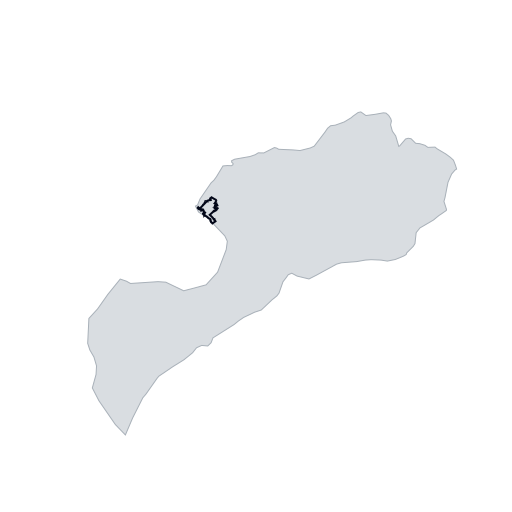 Salacgrīvas pag., Salacgrivas, Latvia (highlighted), rotated 322°
{"feature_id": "27541924B75150818202783", "entity_name": "Salacgrīvas pag.", "entity_type": "district", "adm_level": 2, "iso_a3": "LVA", "parent_name": "Latvia", "parent_adm1": "Salacgrivas", "projection": "robinson", "projection_center": [24.43, 57.695], "detail": "fine", "context": "in_parent", "style": "outline", "palette": "ink", "viewbox_px": 512, "rotation_deg": 322, "n_neighbors": 0, "source": "geoboundaries", "source_scale": "gbopen_adm2", "svg_char_len": 5002}
<svg xmlns="http://www.w3.org/2000/svg" viewBox="0 0 512 512"><g transform="rotate(322 256 256)"><path d="M375.2,347.3L372.2,346.9L363.6,344.5L356.4,340.9L352.0,336.2L344.5,329.8L339.6,326.5L331.9,322.4L319.1,313.9L314.4,312.0L291.8,308.3L283.6,306.7L276.0,297.1L273.6,291.6L269.9,290.6L265.8,291.8L261.4,292.9L251.3,299.4L247.9,300.3L241.6,300.4L226.9,301.8L220.2,299.4L208.5,296.8L202.2,296.4L196.6,296.5L171.7,294.0L167.2,296.7L162.6,297.2L158.1,293.0L152.6,291.7L146.5,293.2L135.4,293.4L122.2,292.0L105.5,290.9L103.0,291.4L84.2,297.1L79.6,298.0L59.2,307.6L42.9,316.6L41.4,302.2L43.1,273.4L45.8,259.2L57.0,250.9L62.7,244.4L66.1,235.8L67.2,227.8L69.6,221.2L85.9,202.3L98.5,200.2L115.7,195.0L134.8,190.6L138.4,196.1L140.2,200.4L163.0,215.9L168.8,221.1L177.6,238.9L198.9,248.0L215.8,245.1L223.1,240.7L236.5,232.6L242.5,226.7L243.8,221.0L241.4,196.6L237.8,186.0L239.0,179.4L241.4,179.8L247.0,176.6L265.7,170.7L269.4,170.4L273.6,169.2L285.4,164.7L289.1,167.1L292.3,169.8L294.0,169.9L294.9,168.9L294.6,167.1L295.5,165.9L298.8,166.6L312.5,173.9L317.7,175.7L321.3,176.1L325.6,179.6L337.3,181.9L338.7,183.7L339.6,185.9L350.6,195.3L355.6,200.0L365.3,204.3L369.5,205.3L386.4,200.9L391.1,199.4L395.0,199.3L399.0,201.7L408.1,204.7L416.4,205.7L417.9,205.5L424.8,205.8L427.3,207.0L429.1,213.0L437.1,217.7L444.5,221.6L446.4,223.4L447.1,226.9L446.7,230.9L445.8,233.0L442.8,235.5L440.3,241.6L440.0,247.4L436.0,257.5L437.0,257.7L445.9,255.9L448.4,256.9L450.4,259.1L451.2,265.5L454.2,268.3L457.3,272.8L458.3,276.2L464.1,280.4L464.7,283.0L468.4,292.5L469.9,297.9L470.6,302.1L469.0,307.4L467.6,311.0L465.8,310.8L460.7,311.8L452.7,316.1L440.8,326.4L437.7,328.7L434.8,336.5L434.0,337.3L427.0,336.9L425.0,336.7L418.0,336.9L402.5,334.8L396.6,336.2L388.9,344.1L385.9,345.2L376.8,346.3L375.2,347.3Z" fill="#d9dde1" stroke="#a8b0b8" stroke-width="1"/><path d="M259.3,187.7L259.2,187.7L259.1,187.3L258.4,185.7L258.1,185.0L257.1,182.4L256.3,182.5L256.2,182.4L255.8,182.4L255.8,182.5L255.7,182.6L255.6,182.8L255.4,182.6L255.1,182.7L255.1,182.8L255.0,183.0L254.8,183.1L254.7,183.1L254.6,183.3L254.5,183.2L254.4,183.2L254.4,183.3L254.5,183.6L254.5,183.8L254.3,183.7L254.3,183.8L254.1,183.7L254.0,183.4L253.7,183.3L253.2,183.1L252.6,182.9L252.3,182.8L252.2,182.9L251.9,182.8L252.0,182.6L251.7,182.5L251.1,182.7L250.9,182.6L250.7,182.4L250.7,182.5L250.6,182.4L250.2,182.6L250.3,182.7L248.3,183.0L248.3,182.8L248.2,182.9L247.8,182.9L247.7,182.8L247.5,183.0L247.4,183.1L247.0,183.2L246.5,183.2L246.3,183.0L246.1,183.0L246.0,183.3L241.0,184.0L240.9,183.9L240.9,183.7L240.6,183.7L240.6,183.2L240.5,183.3L240.3,182.8L240.3,182.5L240.3,182.4L240.4,182.2L240.2,182.0L239.9,182.1L239.7,182.2L239.7,182.8L239.7,183.2L239.7,183.3L239.7,183.5L239.9,184.0L240.0,184.3L240.1,184.5L240.6,184.6L240.8,184.7L240.8,185.0L240.9,185.3L241.5,185.3L241.8,185.6L241.5,185.6L241.1,185.6L240.9,185.7L240.9,185.9L241.0,185.9L241.0,186.1L241.6,186.5L241.3,186.7L241.6,186.8L242.0,186.9L242.8,187.3L242.8,187.5L242.7,188.1L242.6,188.3L242.4,188.4L242.3,188.5L242.0,189.2L242.5,189.9L242.6,190.4L242.0,190.5L241.6,190.4L240.6,190.3L240.6,190.1L240.6,189.9L240.4,189.9L240.3,190.0L240.2,190.2L240.2,190.3L240.2,190.5L240.2,190.8L240.2,191.0L240.2,191.3L240.2,191.8L240.2,192.1L240.2,192.3L240.3,192.3L240.2,192.4L240.3,192.4L240.3,192.5L240.6,192.8L240.8,193.0L241.0,193.3L241.1,193.6L241.2,193.8L241.2,194.0L241.3,194.1L241.5,194.4L241.5,194.5L241.5,194.8L241.6,195.0L241.6,195.4L241.7,195.5L241.8,195.8L241.8,196.1L241.7,196.2L241.7,196.3L241.7,196.5L241.8,196.7L241.9,197.0L242.0,197.3L242.1,197.5L242.3,197.7L242.4,197.9L242.5,198.1L242.6,198.3L242.7,198.5L242.8,199.0L242.7,199.2L242.5,199.3L242.3,199.5L242.2,199.7L242.1,199.8L241.9,200.0L242.0,200.2L242.0,200.4L241.9,200.5L241.9,200.8L241.8,201.1L241.7,201.1L241.7,201.3L241.5,201.5L241.4,201.7L241.4,201.8L241.5,202.1L241.7,202.4L241.7,202.5L241.7,202.8L241.7,203.0L241.7,203.3L241.7,203.5L245.5,203.7L245.6,203.0L245.6,202.4L245.7,202.1L245.8,201.6L245.9,201.4L245.2,201.2L245.5,199.4L245.3,197.6L244.9,195.1L249.0,194.8L249.8,194.6L250.4,194.5L250.5,194.5L250.9,194.5L251.1,194.8L250.7,195.1L251.2,195.2L251.4,195.1L252.0,195.3L252.4,195.4L252.5,195.4L252.9,195.3L253.0,195.3L253.3,195.3L253.5,195.3L253.6,195.2L253.8,195.1L255.2,194.8L255.2,194.7L254.8,194.4L254.2,194.5L254.3,194.8L254.1,194.8L253.9,194.9L253.7,194.9L253.6,195.1L253.4,195.2L253.0,194.9L252.9,194.9L252.7,194.8L252.7,194.7L252.9,194.7L253.1,194.4L253.1,194.2L253.4,193.9L253.7,193.9L253.7,193.7L253.9,193.2L253.6,193.1L253.4,193.0L253.2,193.0L253.1,192.9L253.3,192.8L253.4,192.4L253.6,192.2L253.8,192.0L253.7,191.9L253.8,191.9L254.0,191.7L254.0,191.8L254.4,191.6L254.5,191.5L254.8,191.8L255.1,191.8L255.3,191.8L255.5,191.7L255.5,191.8L255.8,191.9L256.1,191.8L256.2,191.7L256.2,191.8L256.3,191.7L256.7,191.8L256.8,191.9L256.9,191.5L256.7,191.4L256.4,191.2L256.0,191.1L256.1,190.9L256.4,190.6L256.5,190.5L256.5,190.4L256.4,190.4L257.0,190.0L256.0,189.0L257.3,188.6L259.3,187.7Z" fill="none" stroke="#020617" stroke-width="2"/></g></svg>